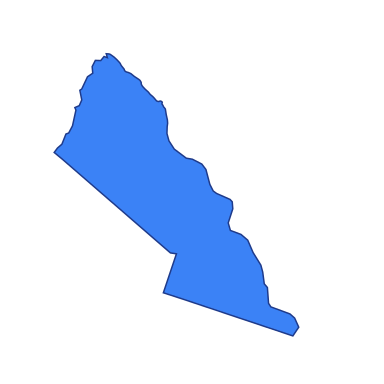 outline of Charles Mix, South Dakota, United States of America, rotated 198°
{"feature_id": "52423323B18286734476432", "entity_name": "Charles Mix", "entity_type": "district", "adm_level": 2, "iso_a3": "USA", "parent_name": "United States of America", "parent_adm1": "South Dakota", "projection": "orthographic", "projection_center": [-98.482, 43.168], "detail": "fine", "context": "isolated", "style": "filled", "palette": "blue", "viewbox_px": 384, "rotation_deg": 198, "n_neighbors": 0, "source": "geoboundaries", "source_scale": "gbopen_adm2", "svg_char_len": 1394}
<svg xmlns="http://www.w3.org/2000/svg" viewBox="0 0 384 384"><g transform="rotate(198 192 192)"><path d="M167.6,87.3L51.6,86.3L48.7,96.4L55.4,103.8L61.1,106.3L81.5,107.1L84.8,109.8L90.8,124.5L94.9,127.0L100.0,137.7L103.9,143.7L115.2,153.3L124.1,163.4L132.3,166.8L143.6,167.3L148.0,173.8L148.0,188.6L150.7,195.1L153.5,196.7L168.1,198.2L172.1,199.5L177.4,204.8L185.7,217.7L191.3,221.6L201.8,223.3L207.9,222.4L222.1,227.3L229.7,233.5L233.9,239.9L235.8,246.5L236.4,249.8L237.7,253.0L240.4,257.6L243.0,262.7L244.4,263.7L245.1,264.0L246.6,265.6L247.5,266.2L247.8,266.6L248.0,268.1L248.4,268.5L249.5,268.8L250.0,268.8L250.7,268.5L251.5,267.8L252.6,267.6L253.9,267.7L256.9,269.6L258.9,270.7L261.9,271.9L264.5,273.6L268.5,275.4L271.2,276.9L272.1,277.5L273.2,278.5L273.7,279.2L274.2,280.5L274.5,280.8L275.1,281.4L276.0,282.1L277.5,282.7L279.7,283.3L282.6,284.1L286.7,285.7L289.4,286.0L291.7,285.9L293.2,286.4L293.7,286.7L294.4,287.8L297.9,290.1L299.1,291.1L299.7,291.8L300.7,292.6L304.3,294.6L307.7,296.2L312.1,297.6L312.9,297.7L313.9,297.6L316.3,297.0L314.0,293.6L317.5,293.7L319.4,288.8L324.6,287.3L325.7,280.4L323.1,274.3L327.0,269.3L328.7,255.8L330.1,254.1L325.3,245.5L325.9,239.3L329.5,236.1L327.7,234.0L326.1,218.0L327.5,210.0L329.8,208.2L330.5,197.3L333.5,192.3L335.3,187.0L325.9,183.3L193.7,127.4L187.7,128.4L188.1,87.3L167.6,87.3Z" fill="#3b82f6" stroke="#1e3a8a" stroke-width="1.5"/></g></svg>